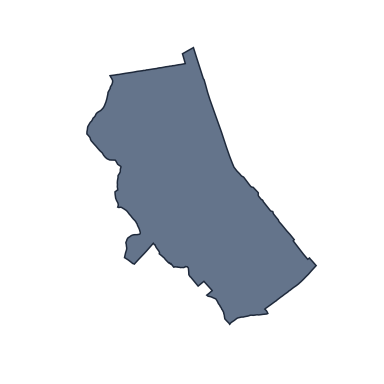 the district of Lat Krabang, Bangkok Metropolis, Thailand, rotated 230°
{"feature_id": "78962969B46231034587858", "entity_name": "Lat Krabang", "entity_type": "district", "adm_level": 2, "iso_a3": "THA", "parent_name": "Thailand", "parent_adm1": "Bangkok Metropolis", "projection": "orthographic", "projection_center": [100.783, 13.745], "detail": "fine", "context": "isolated", "style": "filled", "palette": "slate", "viewbox_px": 384, "rotation_deg": 230, "n_neighbors": 0, "source": "geoboundaries", "source_scale": "gbopen_adm2", "svg_char_len": 5917}
<svg xmlns="http://www.w3.org/2000/svg" viewBox="0 0 384 384"><g transform="rotate(230 192 192)"><path d="M304.0,273.5L302.5,272.9L296.9,270.4L294.7,269.4L296.8,265.5L298.0,263.7L299.3,261.4L299.7,260.6L300.0,260.1L300.2,259.7L301.3,258.2L301.5,257.6L302.0,256.8L302.8,255.7L303.0,255.2L303.3,254.7L304.9,252.2L305.3,251.4L306.3,249.6L306.7,248.8L307.0,248.4L307.4,247.7L307.7,247.4L308.1,246.7L308.8,245.6L308.8,245.4L309.7,243.6L310.1,243.2L310.5,242.4L311.2,241.4L311.7,240.5L313.8,237.0L314.4,236.1L314.9,235.4L315.0,235.2L315.0,234.8L315.1,234.5L315.9,233.5L316.1,233.3L317.0,231.6L317.2,231.3L318.5,229.3L319.8,227.3L320.2,226.5L320.9,225.2L322.1,223.1L325.7,217.3L326.8,215.4L329.3,211.1L329.7,210.6L330.0,210.2L330.6,209.1L331.5,207.6L333.8,204.0L332.6,203.7L331.7,203.6L330.6,203.4L329.2,203.1L328.6,202.9L328.1,202.6L327.2,201.8L326.3,200.5L325.8,199.6L325.6,199.2L325.2,197.7L324.9,197.1L324.5,196.4L324.3,196.2L324.0,196.1L322.3,191.7L321.2,190.6L318.0,186.5L317.7,186.0L316.4,184.1L316.0,183.4L315.7,182.8L314.4,180.4L313.7,178.7L313.4,177.8L313.5,177.4L313.4,177.0L313.2,176.2L313.1,174.5L313.2,173.8L313.4,172.6L313.6,171.5L313.7,170.3L313.6,169.7L313.6,169.3L313.3,168.3L312.8,167.4L312.3,166.1L312.3,165.7L312.2,165.2L312.1,164.6L312.2,164.4L312.2,164.2L312.1,163.6L311.5,162.4L311.1,161.3L310.9,160.8L310.8,160.4L310.8,159.6L310.8,159.1L310.4,157.8L309.2,154.5L308.8,153.8L307.2,152.1L306.5,151.3L306.1,150.7L305.3,149.9L304.3,149.1L304.1,148.8L301.9,148.9L301.1,148.9L300.7,148.9L299.7,148.9L298.6,148.6L298.3,148.5L297.7,148.1L296.9,147.9L296.1,147.7L295.6,147.7L290.6,147.8L289.4,147.9L285.5,147.9L283.8,148.0L283.6,148.0L283.5,147.9L281.1,148.2L279.7,148.4L276.9,147.9L275.9,147.9L274.1,147.9L273.2,148.1L272.0,148.3L269.4,149.6L267.5,151.7L266.2,153.2L265.9,153.5L265.7,153.7L265.2,153.7L263.1,153.3L262.0,153.1L261.1,152.9L259.0,153.4L257.9,153.8L257.5,153.9L257.2,153.9L256.9,153.7L256.5,153.3L256.3,152.8L256.0,152.5L255.6,151.8L254.3,150.7L253.5,149.9L252.9,148.5L252.1,145.9L251.6,145.4L250.9,144.9L249.6,143.4L248.9,142.5L247.6,141.2L246.6,140.3L246.1,140.1L245.7,139.7L244.9,139.0L244.0,138.1L243.3,137.7L242.7,137.4L241.8,136.8L241.3,136.4L241.5,135.8L241.5,134.1L241.6,133.8L241.7,133.4L241.5,133.0L239.6,131.6L236.3,129.5L234.4,128.9L233.9,128.7L233.1,128.6L231.3,128.2L229.9,127.5L229.5,127.2L229.2,127.0L229.0,126.6L228.7,126.3L228.2,125.4L227.4,125.8L227.1,126.1L226.9,126.4L226.1,127.7L225.8,127.9L225.2,128.2L222.5,129.1L220.5,129.7L218.9,129.9L218.4,129.9L216.7,129.8L215.4,129.7L213.2,129.8L211.3,129.7L210.9,129.7L209.0,129.7L206.7,129.9L205.2,129.8L203.9,129.5L203.3,129.5L203.0,129.5L202.0,129.0L200.6,128.6L197.8,127.9L196.8,127.5L194.5,126.5L193.9,126.1L193.6,125.7L193.4,125.4L193.4,124.8L193.4,124.6L194.4,122.9L194.7,122.4L196.2,120.6L196.7,119.8L197.3,118.6L197.5,117.9L197.7,116.9L197.7,116.0L198.0,113.8L198.0,113.4L197.7,112.5L197.5,111.8L196.7,110.6L195.9,109.0L195.7,108.8L194.9,108.3L194.3,108.1L192.4,106.8L191.5,106.3L190.5,105.5L189.6,104.4L188.1,102.0L185.1,98.1L184.4,98.4L180.8,99.5L177.1,100.3L175.4,100.6L173.8,101.6L173.9,101.8L174.8,108.7L175.6,116.0L176.0,119.1L177.6,129.4L175.8,129.3L175.6,129.4L175.4,129.7L174.6,129.5L174.0,129.3L173.0,129.0L171.2,128.8L168.0,128.6L167.4,128.5L166.6,128.2L166.0,127.7L165.7,127.2L162.7,127.8L161.1,128.0L160.6,128.1L159.6,128.3L158.5,128.3L157.6,128.2L156.2,128.3L153.4,128.5L152.3,128.7L152.3,129.2L150.7,129.2L150.7,129.3L150.7,129.8L146.1,129.7L146.0,129.8L145.9,130.2L145.8,130.7L145.7,130.9L144.8,131.6L144.4,132.1L144.1,132.6L143.6,132.7L143.5,132.8L142.7,133.7L142.2,134.1L141.6,134.5L140.5,135.9L139.5,137.0L139.3,137.4L139.2,138.4L138.9,138.8L139.0,139.2L138.6,139.5L138.1,140.0L137.9,140.2L137.8,140.3L136.3,140.4L136.1,140.3L135.6,140.0L135.0,139.6L133.0,138.2L130.9,136.6L130.6,136.4L129.2,136.2L128.2,136.1L127.8,136.3L116.0,136.2L115.9,143.7L115.6,143.7L104.4,144.1L103.5,144.1L103.4,143.6L103.5,142.8L103.4,139.8L103.5,137.0L101.9,137.3L101.5,137.6L100.7,138.3L99.3,139.3L96.8,140.5L95.8,141.0L95.1,141.4L94.9,141.4L94.6,141.5L93.0,141.3L91.3,141.0L89.6,140.5L87.5,140.4L86.8,140.3L86.1,140.0L84.9,140.0L84.1,139.8L83.2,139.5L81.8,139.4L80.7,139.1L79.6,138.9L78.6,138.3L77.7,137.9L76.8,137.5L75.8,136.8L73.7,135.6L71.6,135.7L71.3,135.7L70.0,135.8L67.5,136.0L66.4,135.8L66.4,136.0L66.7,136.9L66.8,137.5L66.8,138.5L66.4,142.2L66.4,142.8L66.3,145.3L66.1,146.1L65.8,146.7L64.5,149.3L64.3,149.6L63.3,150.8L62.6,152.3L61.0,155.1L60.5,156.3L60.4,156.8L60.0,157.6L59.3,158.5L58.1,159.7L57.8,160.2L57.1,161.3L56.5,162.4L56.0,163.1L55.1,163.9L54.6,164.6L53.4,166.5L53.0,167.2L52.4,168.1L51.9,168.8L51.1,170.0L50.5,170.9L50.2,172.0L50.7,172.1L51.4,172.4L53.2,172.7L55.5,172.5L55.5,172.8L55.5,173.1L55.5,174.4L55.4,175.2L55.2,178.0L55.1,179.1L54.7,185.4L54.5,186.7L54.6,187.7L54.4,192.6L54.2,194.6L54.2,195.7L54.1,197.6L53.9,199.8L53.8,201.4L53.9,202.7L53.9,203.0L53.7,203.6L53.7,204.0L53.6,207.2L53.5,208.9L53.2,211.8L53.1,215.0L53.2,215.4L53.2,217.2L53.4,220.1L53.6,222.4L53.8,224.0L54.1,227.4L54.1,227.9L54.6,231.2L54.8,232.4L55.8,239.8L61.0,239.7L63.3,239.6L64.5,239.5L65.9,239.6L66.1,237.4L72.9,237.4L89.5,238.1L89.8,239.7L90.9,239.7L96.4,239.8L101.0,239.6L109.8,239.7L112.4,239.6L113.4,239.6L115.3,240.2L118.6,240.2L122.5,240.3L123.3,240.5L125.1,241.3L125.3,241.2L125.9,240.7L126.8,240.2L127.3,240.1L128.8,240.1L138.9,240.4L139.5,240.7L139.9,240.8L140.8,240.7L141.0,240.7L141.6,240.3L141.8,240.3L145.6,240.3L146.0,240.3L147.0,240.7L147.4,241.0L148.7,242.2L149.1,242.3L156.2,241.9L156.5,241.7L157.1,241.1L157.4,240.9L157.7,240.8L158.3,240.6L160.1,240.6L169.6,241.1L170.3,241.1L172.0,240.4L172.7,240.2L175.6,240.2L176.6,240.1L179.1,239.9L184.1,240.1L186.2,240.8L187.6,241.2L195.0,243.7L204.5,247.3L219.0,253.1L236.0,259.4L251.5,265.2L258.3,268.0L265.2,271.2L270.4,273.5L271.5,273.5L289.8,281.0L301.7,285.9L302.7,280.7L303.8,274.7L304.0,273.5Z" fill="#64748b" stroke="#1e293b" stroke-width="1.5"/></g></svg>